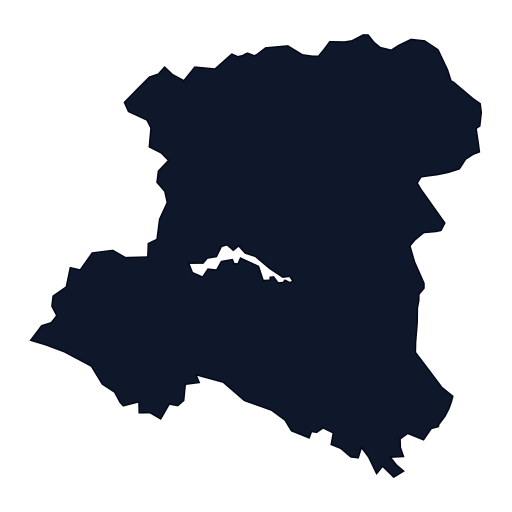 Sariasiya, Surkhandarya, Uzbekistan
{"feature_id": "79887680B82153546012261", "entity_name": "Sariasiya", "entity_type": "district", "adm_level": 2, "iso_a3": "UZB", "parent_name": "Uzbekistan", "parent_adm1": "Surkhandarya", "projection": "albers", "projection_center": [67.81, 38.69], "detail": "fine", "context": "isolated", "style": "filled", "palette": "ink", "viewbox_px": 512, "rotation_deg": 0, "n_neighbors": 0, "source": "geoboundaries", "source_scale": "gbopen_adm2", "svg_char_len": 2277}
<svg xmlns="http://www.w3.org/2000/svg" viewBox="0 0 512 512"><path d="M30.7,340.3L45.1,344.6L64.4,351.8L91.4,366.2L102.3,384.1L114.6,392.1L120.0,402.2L123.3,405.8L138.9,401.8L139.2,412.8L150.0,412.7L160.7,418.9L169.2,404.1L177.8,405.6L183.7,400.5L185.3,384.3L199.2,382.5L196.0,374.8L223.2,382.2L244.4,400.5L271.6,410.2L285.0,420.1L291.5,430.8L309.1,437.9L311.5,431.5L316.7,432.3L323.1,427.9L333.3,432.9L331.2,444.5L340.8,448.4L350.8,456.9L358.2,457.8L361.4,447.4L368.6,457.0L376.6,473.6L382.6,466.2L393.7,477.1L403.6,471.1L396.4,465.0L390.3,457.2L403.5,456.5L400.4,447.7L400.1,438.9L407.7,433.4L423.5,439.8L431.3,428.5L438.3,426.6L438.8,424.5L445.1,416.0L448.9,408.6L451.5,401.3L452.8,396.3L441.9,387.5L428.7,369.9L415.4,352.4L415.6,342.5L417.2,322.7L417.4,307.9L418.8,300.5L418.9,294.3L424.0,288.2L424.0,283.3L414.6,262.1L409.9,245.9L415.0,239.8L423.7,232.6L436.0,231.5L441.0,230.4L444.8,223.0L420.8,189.2L417.2,183.0L421.0,176.9L428.4,175.8L437.1,174.7L448.2,172.4L459.3,168.9L465.7,159.1L473.1,154.3L479.4,151.9L478.3,143.3L476.1,128.4L479.8,126.0L481.3,112.4L480.9,109.5L480.2,103.7L472.9,98.6L453.5,82.2L451.0,80.9L447.5,69.8L438.0,49.8L424.6,40.9L411.1,39.4L398.7,45.4L391.2,50.2L380.2,47.5L374.1,42.5L368.1,35.0L363.2,34.9L352.0,40.8L344.6,42.0L329.8,41.7L323.5,50.2L318.4,56.3L312.3,56.2L302.4,54.8L287.8,45.9L265.6,47.9L260.0,52.2L256.9,54.6L254.4,55.8L247.6,53.2L245.8,53.8L242.7,55.6L237.7,56.7L231.8,54.1L215.0,69.0L194.8,67.1L183.9,80.7L172.5,74.6L164.6,67.1L158.3,74.1L149.4,77.1L138.1,88.4L124.4,102.4L128.5,111.5L146.9,120.0L151.0,128.0L149.3,146.9L161.2,152.9L168.6,160.4L158.4,171.1L157.0,182.3L164.8,191.3L167.3,202.5L159.6,219.2L157.0,239.4L148.3,243.5L147.8,257.0L125.4,257.6L112.8,250.4L92.2,253.0L80.2,270.0L70.3,267.7L66.3,286.9L53.1,296.1L51.9,306.2L56.8,315.6L51.3,322.7L41.7,325.7L30.7,340.3ZM227.1,244.8L233.3,250.3L238.6,245.8L245.2,253.1L255.4,256.4L269.9,268.6L282.8,277.2L289.7,276.3L293.0,281.1L290.0,282.7L285.0,280.2L283.2,282.5L278.0,282.9L273.6,276.9L270.2,277.3L270.1,280.2L263.2,280.5L258.5,266.4L240.5,258.1L238.0,263.9L234.0,263.7L232.4,259.6L221.4,261.5L216.6,270.1L208.0,269.1L202.6,277.1L192.4,272.6L188.7,263.2L203.1,263.1L207.2,258.1L216.4,256.6L221.4,246.4L227.1,244.8Z" fill="#0f172a" stroke="#020617" stroke-width="1.5"/></svg>